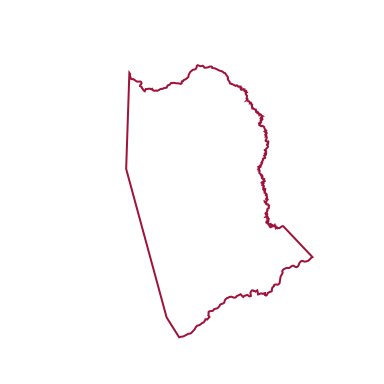 Boca do Acre, Amazonas, Brazil (Natural Earth projection), rotated 47°
{"feature_id": "56859067B47019915073182", "entity_name": "Boca do Acre", "entity_type": "district", "adm_level": 2, "iso_a3": "BRA", "parent_name": "Brazil", "parent_adm1": "Amazonas", "projection": "natural_earth1", "projection_center": [-67.972, -8.817], "detail": "fine", "context": "isolated", "style": "outline", "palette": "rose", "viewbox_px": 384, "rotation_deg": 47, "n_neighbors": 0, "source": "geoboundaries", "source_scale": "gbopen_adm2", "svg_char_len": 5980}
<svg xmlns="http://www.w3.org/2000/svg" viewBox="0 0 384 384"><g transform="rotate(47 192 192)"><path d="M130.2,224.4L266.4,296.1L289.5,300.5L290.3,298.9L291.8,296.7L293.2,291.4L294.6,289.3L294.3,284.0L293.5,281.7L293.2,279.6L294.3,277.6L294.6,276.5L294.7,274.1L295.4,272.1L295.0,271.1L294.8,269.8L294.2,269.0L294.9,268.2L295.6,267.9L295.3,264.4L293.3,264.2L292.7,263.2L291.1,261.8L291.1,260.7L293.0,258.0L293.0,256.8L292.8,255.7L294.4,252.5L294.2,249.6L293.6,248.4L293.6,247.8L294.8,245.1L294.9,244.0L294.8,243.6L294.0,242.6L293.3,240.7L293.5,238.5L294.0,237.7L294.3,236.2L295.4,234.6L297.9,233.4L298.7,232.2L298.9,231.7L298.6,230.6L299.9,226.2L303.7,226.2L303.6,224.8L305.0,221.7L306.8,221.4L307.8,220.9L308.2,219.9L307.5,219.2L306.5,218.8L305.3,217.6L304.8,215.3L305.5,214.5L306.5,214.5L307.1,213.7L308.2,213.5L308.4,211.4L310.2,212.3L311.9,213.6L312.4,212.8L313.2,210.6L315.0,209.5L315.2,208.4L315.7,207.5L317.1,208.9L318.2,208.5L318.4,207.4L317.5,205.4L317.9,204.4L318.0,203.2L318.7,202.4L318.9,201.3L316.9,198.9L316.7,197.7L316.8,196.5L316.1,195.9L316.1,194.9L316.6,194.0L318.3,192.4L318.5,191.3L318.4,190.1L314.8,185.6L314.2,184.6L313.2,181.4L312.6,180.5L311.6,180.1L311.1,179.2L311.0,177.9L311.6,175.7L312.0,174.7L312.7,173.8L313.5,173.3L314.0,172.3L314.1,169.9L314.5,168.8L315.2,167.9L317.4,167.5L318.2,166.8L318.6,165.8L318.5,164.6L317.1,161.6L317.0,159.3L317.6,158.3L319.5,157.3L320.4,156.3L321.5,154.2L321.6,153.1L321.5,149.6L321.8,148.3L279.6,148.6L278.9,148.8L278.4,149.9L278.0,152.8L277.1,153.5L277.0,154.0L275.9,154.0L275.8,155.5L275.2,155.3L274.6,154.5L273.6,154.0L273.3,154.7L272.7,154.3L272.8,154.8L272.5,155.1L272.4,156.1L271.8,156.0L271.4,155.6L271.1,155.7L271.6,157.4L271.5,158.4L271.0,158.7L270.2,157.8L270.3,156.6L269.0,156.2L268.8,156.5L269.0,158.1L268.6,157.9L268.0,158.3L267.4,158.1L267.1,157.6L266.3,157.3L266.0,158.2L265.2,158.5L264.7,158.3L264.3,157.2L264.5,156.8L265.4,156.6L265.5,156.2L263.9,154.1L263.1,154.3L262.8,155.2L262.4,154.9L262.5,154.4L262.3,153.8L261.4,153.5L260.4,155.0L260.1,152.9L259.7,152.2L258.9,151.7L258.4,151.6L258.4,153.1L258.0,153.1L257.6,152.4L257.8,151.5L257.1,149.5L256.6,149.5L256.0,148.7L255.9,148.3L256.2,147.2L256.1,146.7L255.7,146.7L254.5,144.9L254.1,145.3L252.8,144.9L252.0,145.8L251.4,146.0L251.1,145.8L250.9,145.3L250.1,145.2L249.5,145.7L248.8,145.6L248.4,145.3L249.7,144.7L249.1,141.8L248.6,141.7L248.2,141.9L248.3,142.4L247.6,142.6L247.0,140.6L245.6,140.1L245.1,140.2L245.1,139.2L244.2,139.0L244.2,139.5L242.4,139.2L242.1,138.9L241.8,139.2L240.9,137.9L240.7,138.4L240.2,138.4L239.6,136.4L239.1,136.5L238.4,137.9L237.5,137.1L236.7,135.3L235.8,135.1L235.4,135.2L235.4,135.8L234.8,135.9L234.6,135.3L234.4,133.5L234.0,133.4L233.2,134.7L232.7,134.8L232.6,134.2L233.6,131.4L233.1,131.2L232.3,131.5L231.7,131.4L231.6,130.4L230.8,130.7L229.8,131.4L229.3,131.3L229.0,131.0L228.8,129.9L227.9,129.4L226.8,129.5L226.9,130.1L225.4,129.7L224.0,129.8L222.6,128.0L222.3,127.9L221.7,128.5L221.2,127.6L220.9,127.6L220.6,127.0L220.3,127.4L220.1,126.7L219.7,126.5L218.9,126.4L219.2,125.5L220.0,125.2L220.4,124.8L220.0,124.2L219.1,124.4L219.0,123.9L219.3,122.9L219.2,122.4L218.7,121.7L218.7,121.2L218.5,120.9L218.1,121.1L218.1,120.5L217.7,120.5L217.5,120.1L217.1,118.1L216.4,117.9L216.1,117.5L216.1,117.0L216.9,115.5L216.6,114.9L214.6,114.5L214.5,113.9L215.1,113.1L215.2,112.6L214.9,112.2L214.7,112.6L214.3,112.4L213.5,112.4L213.4,110.4L212.5,110.0L212.2,110.3L211.2,110.4L210.9,110.2L211.2,109.1L210.9,107.7L211.0,106.3L210.5,105.3L209.2,104.8L209.0,105.1L208.6,105.1L208.3,104.7L208.7,103.5L207.4,102.5L207.4,101.9L207.0,101.7L205.8,103.1L204.7,103.2L204.4,102.9L204.2,101.8L203.1,100.1L202.3,99.8L201.9,100.2L201.8,99.7L201.5,99.9L200.5,99.4L200.8,99.1L200.5,98.7L200.1,99.0L199.9,98.4L200.0,97.3L199.6,97.0L199.0,97.0L198.5,97.6L197.2,97.6L197.6,95.9L195.7,95.9L193.5,94.9L191.8,95.3L191.4,95.6L191.1,96.5L189.6,97.0L188.9,97.1L188.6,96.0L188.0,96.4L187.5,96.2L187.5,95.6L188.1,95.3L188.1,93.9L186.8,93.5L186.6,93.1L187.1,92.9L186.8,90.8L186.3,90.6L185.1,91.5L185.0,91.1L184.7,90.9L184.9,90.4L184.5,90.3L184.3,89.8L184.7,89.3L184.3,89.1L184.5,88.7L183.6,89.0L182.5,88.8L181.6,89.0L181.3,89.3L181.7,89.7L181.7,90.3L180.2,89.5L179.8,89.5L179.7,90.0L179.0,90.4L178.1,89.4L177.6,89.6L177.6,90.2L177.3,90.5L176.8,90.5L176.1,89.6L175.3,89.2L175.1,89.6L173.6,89.9L172.3,90.8L172.1,90.4L171.6,90.7L171.2,90.6L170.6,89.7L169.7,89.5L169.6,89.1L169.2,88.9L168.8,88.9L168.8,88.5L168.3,88.6L167.0,88.1L166.6,89.0L166.3,88.5L165.6,88.6L164.8,88.4L163.9,89.0L162.5,88.7L162.3,89.2L162.2,88.4L161.8,88.0L161.5,88.4L160.9,88.4L159.2,86.1L157.3,86.0L157.0,85.6L156.2,85.3L156.1,84.7L156.3,84.2L155.9,84.3L155.4,83.5L155.0,83.5L154.8,84.4L154.1,84.8L153.5,84.6L153.2,84.1L152.8,84.2L152.6,83.7L151.8,84.3L151.8,84.8L151.4,85.2L151.4,85.7L151.1,86.0L150.5,86.3L149.7,85.7L149.6,85.3L149.3,85.6L148.9,84.8L148.1,84.5L147.9,85.0L146.9,85.6L147.0,86.0L146.4,86.4L144.6,86.4L144.0,87.9L143.5,87.9L140.3,89.1L140.1,89.5L139.3,89.5L138.4,90.2L137.2,89.4L134.1,89.0L133.3,88.1L132.8,88.0L132.7,87.6L132.0,87.3L127.4,86.8L126.4,87.5L125.9,87.4L124.2,87.7L123.7,88.1L121.7,89.2L117.4,90.8L115.0,92.6L114.1,92.1L113.2,92.4L112.5,93.3L111.7,95.4L109.8,98.0L108.8,98.1L107.9,97.8L107.0,98.0L106.5,99.1L105.8,100.0L103.1,101.4L103.0,102.5L103.8,103.3L104.5,104.9L104.4,106.2L103.2,108.1L103.0,111.5L104.1,114.7L105.5,116.3L105.2,119.7L104.5,121.8L104.9,122.9L104.2,123.7L104.6,124.7L105.5,125.4L105.3,126.5L103.4,127.7L101.9,129.3L99.4,131.1L98.9,132.2L98.0,132.8L98.3,135.1L97.5,137.2L98.4,139.3L96.7,142.1L96.5,143.2L95.7,144.0L95.1,145.1L95.0,146.2L94.2,148.6L93.3,149.0L92.1,150.7L91.2,151.1L89.3,150.8L89.1,151.9L88.1,152.1L87.2,152.8L86.0,154.8L85.2,155.6L86.1,157.8L84.9,158.1L83.7,157.8L81.8,157.7L80.9,157.2L79.1,157.8L78.4,156.7L78.5,155.6L78.0,154.6L76.8,154.2L75.9,154.5L74.2,156.5L73.4,157.1L69.4,157.9L68.6,159.0L67.7,159.4L65.9,158.6L65.0,158.5L64.4,157.7L63.5,156.8L62.2,156.6L130.2,224.4Z" fill="none" stroke="#9f1239" stroke-width="2"/></g></svg>